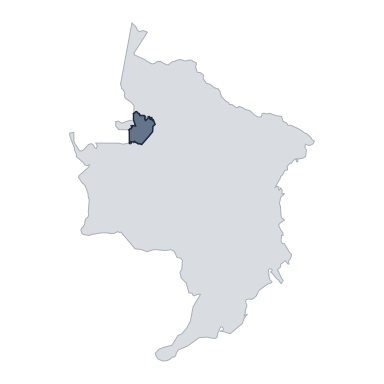 Mitú, Vaupés, Colombia shown in context, rotated 180°
{"feature_id": "7082276B74847859536954", "entity_name": "Mitú", "entity_type": "district", "adm_level": 2, "iso_a3": "COL", "parent_name": "Colombia", "parent_adm1": "Vaupés", "projection": "mercator", "projection_center": [-70.077, 0.972], "detail": "fine", "context": "in_parent", "style": "filled", "palette": "slate", "viewbox_px": 384, "rotation_deg": 180, "n_neighbors": 0, "source": "geoboundaries", "source_scale": "gbopen_adm2", "svg_char_len": 6695}
<svg xmlns="http://www.w3.org/2000/svg" viewBox="0 0 384 384"><g transform="rotate(180 192 192)"><path d="M224.9,34.8L220.5,36.6L212.0,38.8L206.1,48.5L202.2,50.2L197.3,55.9L193.6,62.9L190.9,77.3L183.6,89.5L184.2,90.0L187.1,89.5L189.8,88.1L190.8,88.5L191.8,90.7L195.1,91.2L197.7,101.0L202.8,106.0L203.3,108.0L204.0,112.0L202.2,114.5L201.6,123.5L203.2,125.7L207.0,126.6L209.5,132.2L211.0,133.5L213.3,134.3L218.8,133.5L228.7,134.4L231.0,134.2L236.6,132.3L243.6,134.7L248.9,135.1L263.0,151.9L264.4,151.4L266.2,152.4L269.8,150.7L272.9,150.4L276.9,151.2L282.2,151.2L293.0,149.5L294.6,148.5L300.5,149.5L302.2,150.8L303.1,153.9L302.4,155.8L300.3,157.8L299.2,160.3L299.0,163.3L297.9,165.6L296.0,167.1L295.3,169.2L295.7,172.0L294.7,184.6L295.5,185.7L296.1,190.9L298.6,197.6L299.8,199.5L301.9,201.1L305.6,206.7L304.8,208.5L295.1,217.2L294.6,219.2L296.5,218.4L299.4,219.2L300.5,221.3L307.7,227.4L307.6,229.7L309.6,234.2L309.3,235.2L314.2,248.2L314.4,250.9L310.2,251.6L310.1,243.0L309.5,241.2L304.8,233.5L303.8,232.9L300.7,233.8L295.5,239.5L293.0,240.3L291.1,239.5L289.1,236.1L287.8,235.5L286.6,238.3L288.2,240.9L265.2,240.8L260.7,239.8L254.5,241.1L254.4,254.2L265.3,254.4L268.3,258.1L268.0,261.2L268.5,262.3L265.9,262.9L262.1,260.8L255.3,263.3L250.4,263.9L250.0,278.3L253.0,281.9L258.8,285.8L259.7,288.4L259.3,290.9L260.7,294.0L262.6,295.7L262.6,297.5L263.5,299.6L252.1,361.0L248.1,357.2L246.6,353.8L244.6,352.4L240.8,353.5L236.6,351.8L250.0,331.0L249.5,329.1L238.4,324.0L237.2,322.7L231.9,320.0L229.0,320.8L227.3,322.2L223.3,322.6L220.0,320.4L216.1,318.9L211.5,322.4L210.1,322.4L206.8,323.9L203.2,324.5L198.6,322.9L194.8,324.0L192.2,323.8L191.2,322.7L187.9,321.4L187.5,320.0L188.5,317.5L187.0,312.4L186.5,311.6L184.0,311.5L181.0,309.6L180.4,308.6L181.0,306.5L180.5,304.7L177.6,300.7L173.6,299.6L169.8,296.3L165.9,295.1L164.1,292.7L162.4,287.2L158.4,283.0L155.6,281.5L154.7,279.6L151.8,279.3L147.9,276.5L146.2,276.4L145.0,277.7L141.4,276.3L138.3,274.3L135.1,273.7L133.0,272.5L129.2,268.6L125.1,266.7L122.7,267.4L121.9,270.3L120.6,270.8L115.9,270.0L115.1,270.7L113.8,270.5L108.1,268.4L102.4,267.6L101.0,262.7L97.3,260.9L96.2,258.6L93.7,258.9L84.0,254.5L80.0,251.4L76.5,249.7L72.9,246.2L72.4,244.8L69.6,242.8L71.0,240.2L74.3,238.3L78.6,239.8L79.2,236.8L77.6,234.1L78.3,228.0L79.5,226.7L81.9,225.5L83.4,225.9L84.3,224.9L87.8,225.4L88.9,225.0L91.6,222.5L92.8,220.6L94.0,220.8L96.9,217.5L96.4,214.2L99.1,213.5L102.0,208.2L103.2,208.0L103.9,205.5L108.9,196.6L107.1,197.7L105.1,197.0L105.4,194.0L104.8,193.7L103.2,196.0L101.8,193.6L102.2,189.9L99.9,190.6L100.0,189.7L103.3,186.8L104.6,180.3L103.6,177.9L102.9,168.1L102.3,166.2L99.6,163.8L103.9,161.0L105.4,158.9L103.5,154.5L101.0,150.8L100.9,148.6L102.4,148.8L103.0,142.7L101.6,140.4L99.8,140.4L94.2,131.3L92.3,129.5L93.7,125.1L95.4,123.2L95.1,119.9L96.2,120.1L98.6,123.1L99.6,122.6L103.3,119.8L103.4,117.1L106.5,114.4L102.2,105.1L100.8,103.7L102.5,100.7L103.5,100.8L105.1,103.8L107.8,105.7L111.7,110.8L113.4,112.0L112.2,113.1L111.9,114.4L112.5,115.0L114.7,115.2L115.6,113.8L115.0,107.5L114.1,104.3L112.0,102.1L112.7,101.2L116.7,99.7L125.0,93.7L127.8,88.0L130.0,86.0L132.5,84.6L135.5,85.0L137.8,84.2L138.5,82.4L137.0,78.5L138.8,73.2L138.7,70.4L139.9,68.8L139.5,68.2L136.4,70.1L139.6,66.3L141.7,60.5L153.8,50.3L161.7,52.7L164.2,52.6L160.9,53.9L160.5,55.3L161.6,56.9L162.8,57.3L163.8,56.3L166.4,50.4L166.8,47.1L168.0,45.9L169.7,45.5L177.4,46.9L184.7,46.4L196.6,37.9L205.6,34.2L207.8,30.7L208.4,28.1L210.0,27.0L211.8,27.0L212.8,25.6L216.9,23.3L221.4,23.0L226.0,25.0L228.2,28.6L228.5,31.0L224.9,34.8ZM88.0,224.3L87.4,224.7L86.4,223.9L86.0,222.9L86.7,222.2L87.5,222.4L88.0,224.3Z" fill="#d9dde1" stroke="#a8b0b8" stroke-width="1"/><path d="M250.5,270.3L250.5,264.2L248.4,258.0L248.6,258.0L248.8,258.5L249.0,258.8L249.3,258.8L249.5,258.7L249.7,258.3L249.8,258.3L249.9,258.2L250.2,258.1L250.4,258.1L250.5,258.2L250.8,258.2L251.0,258.1L251.4,258.3L251.5,258.3L251.8,258.4L251.9,258.5L252.1,258.3L252.0,258.2L251.9,258.0L251.8,257.8L251.9,257.7L251.8,257.4L251.8,257.2L252.0,257.0L252.3,257.2L252.2,257.0L252.3,257.0L252.3,256.8L252.3,256.7L252.3,256.2L252.5,256.0L252.6,255.9L252.9,255.7L253.0,255.6L253.0,255.4L253.4,255.6L253.6,255.6L253.7,255.4L253.7,255.2L253.8,255.0L254.2,254.8L254.4,254.8L255.2,254.1L254.8,253.8L254.7,253.8L254.6,241.0L254.4,241.1L254.2,240.9L254.2,241.0L254.2,240.9L254.0,241.0L253.9,241.0L254.0,241.1L253.8,241.1L253.8,241.3L253.7,241.4L253.7,241.5L253.4,241.6L253.2,241.5L252.9,241.7L252.9,241.8L252.8,241.7L252.8,241.8L252.7,241.8L252.8,241.8L252.7,241.8L252.5,242.0L252.4,242.0L252.2,242.1L251.9,242.1L251.7,242.1L251.4,242.0L251.2,242.0L250.9,242.0L250.7,242.1L250.4,242.2L250.2,242.2L249.9,242.2L249.8,242.3L249.7,242.3L249.7,242.2L249.6,242.3L249.6,242.2L249.5,242.3L249.4,242.2L249.2,242.2L248.9,242.1L248.6,241.8L248.3,241.7L248.1,241.6L247.8,241.4L247.7,241.2L247.4,241.1L247.1,241.0L246.8,240.9L246.5,240.9L246.3,240.8L246.1,240.7L246.0,240.3L245.8,240.2L245.6,240.2L245.5,240.3L245.3,240.3L245.2,240.3L245.1,240.2L245.0,240.3L244.9,240.3L244.8,240.2L244.7,240.1L244.4,240.2L244.1,240.2L243.8,240.1L243.6,240.1L242.9,239.8L242.9,239.6L242.6,239.5L242.3,239.5L234.5,248.5L231.4,252.3L231.1,256.9L231.1,257.1L231.2,257.3L231.1,257.7L230.9,257.8L228.9,259.6L230.6,264.0L230.7,263.9L230.8,263.9L230.9,263.7L230.9,263.8L231.0,263.8L231.0,263.7L230.9,263.6L231.0,263.5L231.1,263.8L231.3,263.8L231.3,264.0L231.5,264.1L231.8,264.0L231.8,264.3L231.8,264.5L231.7,264.6L232.3,266.4L232.5,266.3L232.8,266.0L232.9,265.8L232.8,265.7L232.9,265.3L232.9,265.2L233.0,264.9L233.3,264.7L233.5,264.6L233.8,264.6L233.9,264.8L234.0,264.9L233.9,265.0L234.0,265.2L233.9,265.3L233.9,265.2L233.9,265.3L234.0,265.4L233.9,265.4L234.0,265.4L234.1,265.5L233.9,265.6L233.9,265.8L233.9,265.7L234.0,265.8L234.1,265.7L234.2,265.8L234.3,266.0L234.2,266.2L234.3,266.3L234.5,266.4L234.4,266.9L234.5,267.1L234.8,267.3L234.7,267.3L234.8,267.4L238.4,263.4L238.5,263.5L238.6,263.8L238.7,264.0L238.8,264.1L238.8,264.3L238.7,264.4L238.7,264.6L238.8,265.0L239.1,265.1L239.2,265.3L239.3,265.3L239.3,265.5L239.2,265.9L239.2,266.0L239.1,266.3L239.0,266.5L238.9,266.7L238.8,266.8L238.9,267.0L239.0,267.3L238.9,267.3L239.0,267.4L239.1,267.5L239.0,267.8L239.3,268.1L239.5,268.2L239.7,268.3L239.8,268.3L239.9,268.5L244.1,268.5L244.1,268.8L244.1,269.0L244.3,269.0L244.5,269.4L244.5,269.8L244.6,270.0L244.7,270.3L244.8,270.5L245.0,270.6L245.3,270.7L245.5,270.6L245.8,270.5L246.0,270.6L246.2,270.9L247.2,272.4L247.3,272.4L247.6,272.4L247.8,272.4L248.1,272.2L248.4,272.2L248.6,272.0L248.8,271.9L249.0,271.7L249.1,271.4L249.3,271.2L249.6,271.0L249.6,270.9L249.9,270.8L250.0,270.7L250.3,270.7L250.5,270.5L250.3,270.4L250.5,270.3Z" fill="#64748b" stroke="#1e293b" stroke-width="1.5"/></g></svg>